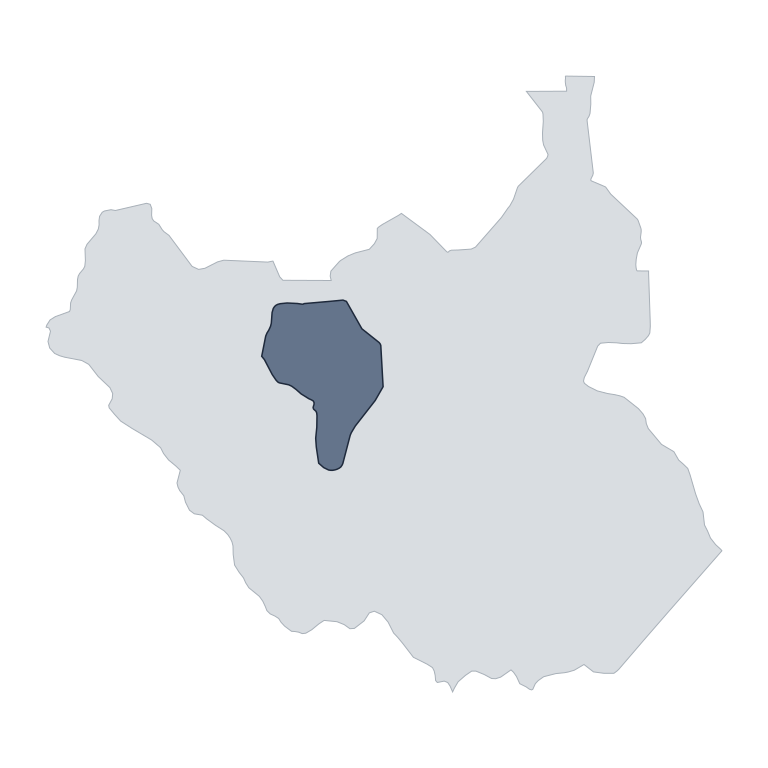 where Warrap sits in South Sudan
{"feature_id": "SDS-872", "entity_name": "Warrap", "entity_type": "State", "adm_level": 1, "iso_a3": "SSD", "parent_name": "South Sudan", "parent_adm1": "", "projection": "natural_earth1", "projection_center": [28.523, 7.841], "detail": "fine", "context": "in_parent", "style": "filled", "palette": "slate", "viewbox_px": 768, "rotation_deg": 0, "n_neighbors": 0, "source": "natural_earth", "source_scale": "10m", "svg_char_len": 4550}
<svg xmlns="http://www.w3.org/2000/svg" viewBox="0 0 768 768"><path d="M643.5,640.5L618.8,669.3L617.0,671.0L613.9,673.3L603.9,673.3L593.5,671.9L584.0,664.5L574.3,670.2L568.2,672.0L564.5,672.7L555.8,673.6L543.7,676.7L538.2,680.6L535.3,683.7L532.8,689.3L531.6,689.9L529.4,689.2L526.2,686.9L519.8,683.7L516.5,676.5L513.5,672.2L511.0,669.9L500.7,677.1L495.7,678.7L491.6,678.5L484.2,674.5L475.9,671.1L471.7,671.1L465.4,675.4L458.1,681.8L454.4,688.1L452.6,691.9L450.1,686.1L447.7,682.5L444.2,681.1L437.3,682.5L435.6,680.5L435.2,675.5L434.2,671.0L432.5,667.6L427.2,664.2L413.4,657.3L402.8,643.5L397.5,637.1L393.6,633.0L388.1,622.1L381.9,614.7L374.3,611.2L369.3,612.9L364.1,620.9L354.4,628.4L349.9,628.7L344.2,624.6L337.0,621.7L324.1,620.4L318.7,624.0L311.8,629.7L305.8,633.2L302.2,633.6L298.8,632.2L294.9,631.5L291.5,631.3L284.6,626.1L281.0,622.2L278.7,618.5L274.8,616.0L270.2,613.9L266.9,610.6L265.3,606.5L262.8,601.2L259.4,596.4L248.9,587.8L245.7,582.8L243.5,577.9L239.2,572.4L234.6,565.1L233.2,554.5L233.0,545.9L232.0,541.9L230.1,538.0L227.8,534.6L224.1,530.8L215.5,525.3L206.7,518.9L202.4,515.2L194.3,513.8L189.5,510.2L185.5,502.2L183.8,495.7L179.8,490.7L178.0,487.1L177.0,483.0L180.3,470.3L175.6,465.8L168.6,460.0L163.6,453.6L160.6,447.7L151.6,440.0L132.0,428.4L120.7,421.1L114.6,414.4L109.2,407.9L108.7,405.3L112.2,398.8L112.7,393.5L109.9,387.6L98.2,376.5L88.8,364.4L81.8,360.5L64.7,357.2L59.8,355.8L54.7,353.5L49.7,348.0L48.0,341.5L50.5,331.2L49.0,328.0L46.1,327.1L46.9,324.9L50.1,319.9L55.4,316.6L69.5,311.5L70.3,309.5L70.6,303.0L71.7,299.9L76.6,290.9L77.3,287.3L77.5,279.7L78.2,276.1L79.6,273.5L83.4,269.0L84.8,266.3L85.4,260.5L85.0,248.9L87.0,244.3L95.9,233.8L98.3,229.1L99.1,224.9L99.0,220.6L99.6,216.3L102.2,212.3L104.4,211.0L111.0,209.7L115.4,210.5L146.5,203.3L150.2,204.3L151.8,208.6L151.6,215.4L152.2,218.7L153.8,221.0L158.8,224.3L162.2,229.7L164.0,231.7L169.0,235.4L192.1,266.4L198.6,269.4L204.9,268.3L217.5,261.9L223.8,260.2L267.8,262.1L272.7,261.1L273.0,261.2L279.7,276.8L282.9,280.3L331.2,280.5L330.2,276.1L330.9,271.1L339.3,261.6L340.6,260.5L348.0,255.9L355.3,252.9L369.3,249.3L374.4,243.7L377.2,238.5L377.3,228.4L379.1,226.7L382.5,224.4L398.6,215.3L401.4,213.4L430.0,234.5L446.1,251.1L447.0,251.9L447.9,252.3L448.7,251.7L449.4,250.9L451.4,250.2L458.2,250.0L471.2,249.1L475.5,247.1L501.5,217.4L508.1,207.9L509.8,205.9L513.5,199.2L517.5,187.6L518.3,186.2L546.7,158.3L547.7,156.1L548.0,154.4L543.6,145.0L542.7,140.2L542.5,132.9L543.3,121.5L543.0,114.2L542.6,112.3L542.4,111.9L526.4,91.4L566.6,91.2L566.6,88.6L566.5,87.7L565.7,85.3L565.3,82.0L565.3,80.2L565.5,78.5L565.5,77.6L565.4,76.7L565.4,76.4L565.6,76.1L594.5,76.5L594.2,82.3L590.7,96.0L590.8,104.2L590.0,113.5L589.0,116.3L587.6,118.5L587.1,119.6L587.1,120.7L593.3,173.0L592.8,175.2L591.2,178.4L590.8,179.5L590.8,180.3L591.4,180.9L604.8,186.6L605.4,186.9L605.9,187.4L610.7,194.1L637.1,218.9L638.0,220.2L640.8,228.0L641.1,229.2L641.2,231.0L641.1,232.5L640.5,237.2L640.7,239.3L641.1,240.6L641.5,242.2L641.5,242.7L641.3,243.9L637.4,252.9L636.2,259.3L635.8,264.7L636.1,267.8L636.5,269.8L636.9,270.6L637.2,270.9L648.6,271.0L648.6,273.8L650.2,321.0L650.3,326.4L649.8,333.0L648.5,335.6L645.3,339.3L641.3,342.8L631.1,343.7L622.6,343.5L616.5,342.8L608.3,342.5L600.5,343.2L597.7,346.1L587.5,371.2L584.3,377.5L583.5,381.1L584.4,383.3L588.5,386.5L597.3,390.9L607.4,393.5L614.9,394.7L620.1,395.9L624.1,397.3L638.4,408.6L643.0,413.9L645.6,418.6L646.3,423.6L648.3,428.6L661.5,444.4L673.9,451.7L678.7,460.1L683.4,464.2L687.8,468.5L690.1,475.0L695.6,493.9L699.2,503.8L703.0,511.9L704.5,525.0L707.5,530.9L710.5,538.1L715.6,544.6L720.9,549.5L721.9,550.8L668.0,612.3L643.5,640.5Z" fill="#d9dde1" stroke="#a8b0b8" stroke-width="1"/><path d="M302.6,304.2L303.3,304.1L304.1,303.6L330.5,301.3L343.0,300.1L346.4,301.4L361.9,328.8L379.2,342.6L380.3,344.1L380.8,345.5L383.1,386.7L375.2,400.5L355.3,426.0L351.3,432.7L350.2,435.3L342.8,463.6L342.1,465.1L340.8,467.0L339.0,468.3L336.9,469.3L334.9,469.9L332.7,470.3L330.7,470.3L328.6,470.0L323.7,467.6L318.7,463.2L316.3,447.0L315.7,438.3L316.8,427.2L317.0,415.8L316.7,413.0L316.0,411.3L313.6,409.1L313.1,407.7L313.4,406.3L314.0,404.5L314.1,402.7L313.3,401.0L311.3,399.8L308.8,398.7L301.1,393.9L296.0,389.4L291.7,386.2L288.7,384.8L279.5,382.9L278.3,382.4L277.4,381.6L276.0,380.1L272.2,374.5L264.4,359.6L261.7,356.3L265.7,336.1L267.0,333.0L268.8,330.1L270.5,326.4L271.3,323.3L272.1,312.5L273.3,308.4L274.6,306.5L275.8,305.4L277.6,304.4L280.2,303.7L287.1,303.0L297.4,303.5L298.1,303.6L302.1,304.2L302.6,304.2Z" fill="#64748b" stroke="#1e293b" stroke-width="1.5"/></svg>